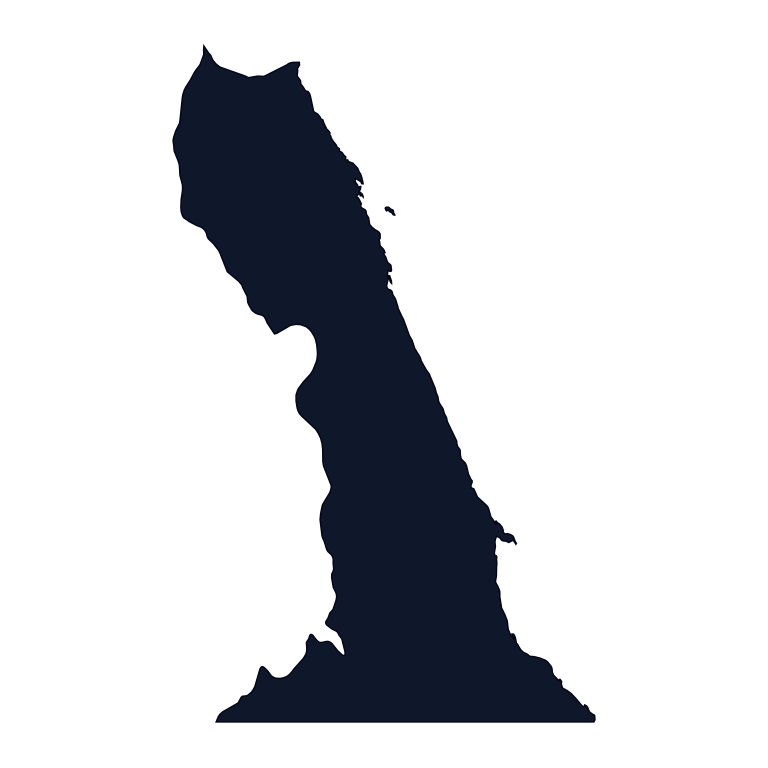 SVG path tracing the border of Al Bahr al Ahmar
{"feature_id": "EGY-1556", "entity_name": "Al Bahr al Ahmar", "entity_type": "Governorate", "adm_level": 1, "iso_a3": "EGY", "parent_name": "Egypt", "parent_adm1": "", "projection": "equal_earth", "projection_center": [33.554, 25.647], "detail": "fine", "context": "isolated", "style": "filled", "palette": "ink", "viewbox_px": 768, "rotation_deg": 0, "n_neighbors": 0, "source": "natural_earth", "source_scale": "10m", "svg_char_len": 6089}
<svg xmlns="http://www.w3.org/2000/svg" viewBox="0 0 768 768"><path d="M593.9,721.9L216.2,721.9L218.3,716.7L219.9,714.4L221.5,712.9L223.0,711.7L237.6,703.3L238.4,702.5L241.1,697.5L241.9,696.6L242.9,696.2L246.2,695.9L247.8,695.3L251.5,692.2L253.7,688.9L254.9,686.5L259.5,670.6L260.2,668.5L261.4,667.0L262.2,666.6L262.9,666.8L264.5,667.8L267.7,671.0L271.2,675.8L273.7,677.4L275.5,678.2L280.3,678.5L283.6,677.8L286.8,676.5L289.4,674.6L292.0,671.7L294.2,668.7L303.3,658.5L305.1,655.6L306.1,653.6L306.7,650.7L306.8,648.0L306.4,642.6L307.0,641.4L308.8,638.8L309.6,636.0L310.5,634.5L311.9,634.6L312.7,635.2L316.6,640.2L319.0,642.2L321.2,642.6L326.9,641.4L328.7,641.6L330.3,642.3L331.9,643.5L337.6,650.7L342.1,654.9L344.2,655.7L344.8,655.2L345.1,654.1L345.0,651.7L342.0,639.5L341.6,638.5L339.0,635.1L338.1,633.1L336.8,631.4L331.9,628.9L327.1,625.3L326.4,624.5L325.9,623.5L325.7,622.3L326.2,621.0L328.0,618.2L329.9,613.0L332.7,609.9L333.2,609.1L336.1,600.2L336.7,596.8L336.4,594.1L335.6,591.9L333.6,588.1L333.2,586.7L331.7,578.0L331.8,574.0L333.2,571.2L333.7,568.7L333.2,563.7L333.2,559.3L333.0,557.9L332.1,555.9L331.4,554.8L327.8,551.4L326.7,549.5L324.3,541.5L322.6,537.8L322.0,535.6L320.1,519.7L320.7,513.4L322.2,506.0L322.8,504.3L329.5,493.1L330.4,491.1L331.2,487.9L331.2,485.4L323.7,466.3L323.4,465.0L322.9,461.7L322.7,449.2L322.1,443.7L320.7,438.3L318.3,433.3L315.7,429.2L301.7,416.1L299.5,413.6L298.0,410.7L297.2,408.1L296.1,401.2L296.1,394.9L297.7,390.0L298.7,388.2L303.3,382.0L310.0,374.7L311.5,372.6L312.8,370.5L316.4,361.6L317.0,359.2L317.5,354.5L317.4,351.2L316.7,344.4L315.7,340.1L315.0,338.0L314.0,335.9L311.3,331.5L308.9,328.8L305.9,326.5L300.5,324.6L296.1,324.3L290.5,325.3L276.6,333.4L274.5,333.9L267.2,322.9L265.4,318.7L264.0,316.5L262.1,315.2L257.6,314.0L255.6,313.1L252.6,310.9L251.6,309.7L248.9,304.9L247.8,302.4L247.3,297.3L247.0,295.9L242.9,287.9L241.8,284.9L238.8,281.3L227.3,271.7L220.1,253.3L218.5,250.1L213.2,243.4L208.4,238.8L207.3,236.7L206.3,232.9L204.8,230.3L203.3,228.7L201.3,227.2L197.0,225.6L190.0,222.0L184.0,217.9L183.4,217.2L182.3,215.2L181.2,211.4L180.9,207.5L181.2,199.4L182.5,190.6L182.6,187.0L182.3,184.2L180.0,175.5L179.5,166.8L179.2,164.3L178.1,160.7L174.2,151.0L173.8,146.0L173.1,140.9L173.3,139.3L173.7,137.2L175.7,131.1L179.5,123.3L179.9,121.4L182.4,97.3L182.9,94.6L184.2,90.4L185.7,87.3L190.3,80.1L194.3,72.6L196.3,69.6L199.3,65.8L200.3,64.1L203.7,54.8L203.8,53.5L203.6,49.9L203.9,46.1L208.8,53.3L210.7,55.3L212.4,59.4L213.2,60.6L215.9,63.9L219.2,66.5L220.5,67.3L245.6,76.2L248.4,77.7L257.8,76.1L263.3,76.4L264.4,76.2L286.7,65.0L288.6,63.6L291.4,62.6L292.7,62.4L299.3,62.3L299.5,65.2L298.5,66.6L298.1,67.7L297.4,68.1L297.1,68.9L297.7,69.8L297.2,75.7L297.6,76.7L300.4,80.4L300.9,84.1L302.7,86.4L305.6,91.0L308.0,91.5L309.5,93.5L310.4,96.2L313.7,111.7L317.7,114.1L320.2,117.2L320.8,118.9L322.8,119.8L323.5,122.2L325.5,126.7L326.1,127.4L326.0,127.9L325.6,127.9L328.6,130.9L329.9,132.8L329.8,134.8L330.8,136.3L331.3,138.3L333.1,141.1L336.3,145.2L337.1,147.2L339.2,148.6L339.7,151.5L340.8,151.8L342.0,152.5L344.3,155.7L345.7,156.8L345.6,159.4L346.1,159.9L346.9,160.2L347.7,159.9L348.2,161.3L349.7,162.1L352.8,163.1L357.7,168.3L359.3,172.2L360.6,174.0L362.0,178.3L362.2,179.9L362.5,180.6L363.1,183.7L361.7,183.7L360.9,181.7L356.1,178.7L355.6,178.7L355.0,180.8L355.6,182.4L357.6,185.2L357.9,186.6L358.4,187.3L360.3,186.4L360.8,186.6L360.4,189.1L359.3,191.3L360.3,192.5L362.0,193.8L363.1,196.3L363.1,196.9L360.8,193.8L360.3,193.8L360.3,194.4L360.8,195.8L360.3,195.8L359.9,194.0L358.6,194.1L357.3,195.4L356.6,196.9L358.2,197.9L359.3,199.7L361.3,203.8L360.8,205.2L360.8,207.0L361.9,208.0L364.9,209.7L365.9,210.8L366.5,214.5L368.6,217.7L369.5,223.6L370.0,224.9L372.3,227.5L374.9,229.6L377.8,231.3L379.2,232.5L380.1,234.0L380.1,238.5L379.1,239.7L379.6,241.6L380.0,245.2L380.7,246.5L383.2,248.9L384.4,250.9L384.9,252.5L383.9,252.3L383.9,253.8L384.4,255.0L385.8,257.3L387.2,261.4L387.9,262.7L390.6,264.9L391.0,265.9L391.5,270.2L391.0,271.3L389.8,271.3L388.5,270.2L387.7,271.9L387.5,274.7L387.9,277.6L387.9,280.0L386.6,285.6L387.2,288.2L388.2,289.2L390.4,290.0L391.5,290.8L392.2,292.1L392.9,294.9L395.2,298.5L396.1,301.0L398.5,309.2L401.9,316.5L403.5,319.5L409.4,335.7L412.1,340.4L414.7,348.4L420.2,357.5L421.4,361.3L426.1,369.7L429.2,374.0L435.2,388.4L436.2,392.8L437.9,396.7L438.6,401.4L439.9,404.0L442.9,408.6L444.4,413.7L446.5,417.6L447.3,421.6L456.6,440.9L456.9,443.9L457.6,446.4L460.1,450.0L460.4,455.2L461.0,458.3L461.6,459.4L465.3,463.1L466.5,465.8L468.5,474.3L471.1,479.7L472.1,480.7L472.1,482.2L471.0,485.1L471.0,487.6L473.9,489.0L477.4,497.0L486.8,505.7L488.3,507.9L490.9,516.9L492.8,519.4L495.5,524.1L496.6,523.9L495.5,521.3L496.2,521.1L497.6,522.9L499.5,523.9L502.1,527.2L503.1,529.8L503.3,532.5L505.4,534.1L507.6,533.6L511.1,534.9L512.6,535.8L513.6,537.2L515.1,541.3L516.4,543.4L515.9,544.2L513.4,540.5L512.4,540.5L508.8,542.5L506.1,541.2L502.9,540.8L501.6,540.2L500.3,538.2L499.6,537.9L499.5,537.5L496.9,536.4L496.3,536.9L495.4,539.1L494.9,541.9L495.4,546.4L494.3,553.1L494.9,555.5L496.2,555.8L496.8,557.0L496.5,559.0L496.8,563.7L496.5,567.6L496.4,575.7L495.5,581.2L495.7,582.6L497.9,586.6L499.6,590.8L499.8,592.4L499.8,596.8L501.5,607.8L504.8,614.6L507.2,620.8L508.2,629.3L510.1,634.0L513.1,638.5L514.9,639.8L512.1,634.1L513.4,634.1L514.3,635.0L515.4,637.9L516.4,643.3L517.6,644.3L518.7,646.5L520.8,649.9L523.5,652.4L527.3,654.2L529.4,656.0L530.4,656.4L534.3,656.7L540.0,658.1L545.4,660.3L547.4,661.8L550.8,665.9L551.9,668.1L552.4,672.5L553.6,675.3L557.9,679.7L560.0,680.8L559.8,679.4L560.1,679.4L561.6,681.5L561.3,684.1L562.5,688.0L567.3,690.7L571.2,693.6L575.4,698.0L581.8,705.6L583.2,706.5L584.2,706.4L584.8,704.9L586.6,706.0L587.6,707.3L589.2,711.3L590.2,712.5L593.0,714.5L594.6,715.3L594.9,718.7L594.9,719.8L593.9,721.9ZM390.7,209.1L393.1,210.2L393.8,213.5L394.7,214.5L394.7,215.1L393.3,214.8L391.6,212.6L389.5,211.6L388.2,210.0L386.6,210.9L386.0,210.3L385.2,208.2L385.6,207.6L386.6,207.1L388.7,207.3L390.7,209.1ZM388.1,275.7L389.6,275.7L391.4,281.0L391.5,283.2L390.5,282.1L388.1,275.7Z" fill="#0f172a" stroke="#020617" stroke-width="1.5"/></svg>